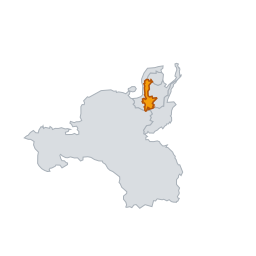 map of Laos with Cambodia, Thailand, Myanmar and 2 others greyed out, rotated 213°
{"feature_id": "LAO", "entity_name": "Laos", "entity_type": "country or territory", "adm_level": 0, "iso_a3": "LAO", "parent_name": "Asia", "parent_adm1": "", "projection": "natural_earth1", "projection_center": [103.796, 18.208], "detail": "coarse", "context": "with_neighbors", "style": "filled", "palette": "amber", "viewbox_px": 256, "rotation_deg": 213, "n_neighbors": 5, "source": "natural_earth", "source_scale": "50m", "svg_char_len": 5513}
<svg xmlns="http://www.w3.org/2000/svg" viewBox="0 0 256 256"><g transform="rotate(213 128 128)"><path d="M124.8,187.0L124.1,182.8L126.0,180.0L129.8,179.3L132.5,179.8L134.9,181.2L136.2,178.8L138.8,180.1L139.5,182.4L139.2,186.4L134.3,189.1L135.5,191.1L132.5,191.4L129.9,192.8L127.5,192.3L124.8,187.0Z" fill="#d9dde1" stroke="#a8b0b8" stroke-width="1"/><path d="M132.5,179.8L129.8,179.3L126.0,180.0L124.1,182.8L124.8,187.0L122.2,185.4L119.7,185.5L120.1,182.8L117.6,182.8L117.3,186.5L114.8,194.5L115.0,197.0L116.9,197.1L118.0,200.2L118.6,203.2L120.2,205.1L122.0,205.5L123.5,207.3L122.5,208.7L120.6,209.1L120.4,207.4L118.0,205.9L117.5,206.5L116.3,205.2L115.8,203.5L112.8,199.9L112.3,201.9L111.8,200.0L113.0,194.6L116.1,188.0L114.9,184.8L114.7,181.4L112.0,176.9L113.1,176.3L114.1,173.3L109.8,165.6L111.0,165.0L112.3,161.3L114.4,161.1L117.7,158.8L119.0,159.9L119.1,161.9L121.1,162.1L120.4,165.7L120.4,168.8L123.5,166.7L124.4,167.3L126.1,167.2L126.6,166.0L128.8,166.3L131.0,169.1L131.2,172.4L133.6,175.4L133.5,178.3L132.5,179.8Z" fill="#d9dde1" stroke="#a8b0b8" stroke-width="1"/><path d="M117.7,158.8L114.4,161.1L112.3,161.3L111.0,165.0L109.8,165.6L114.1,173.3L113.1,176.3L112.0,176.9L114.7,181.4L114.9,184.8L116.1,188.0L113.0,194.6L112.7,192.1L113.6,189.5L112.7,187.5L112.9,183.8L111.7,182.0L110.3,173.6L109.1,170.8L103.8,174.9L100.4,173.8L101.5,169.6L100.9,166.4L98.7,162.4L99.1,161.2L97.4,160.8L95.4,158.0L95.3,155.2L96.3,155.7L96.4,153.3L97.8,152.5L97.5,151.0L98.2,149.8L98.4,146.3L100.6,147.1L101.9,144.2L102.1,142.6L103.7,139.7L103.7,137.7L107.4,135.4L109.4,136.0L109.2,133.9L110.2,133.2L110.0,131.9L111.7,131.7L112.6,133.7L113.8,134.5L113.8,140.0L111.0,142.8L110.6,146.9L113.7,146.3L114.3,149.5L116.1,150.2L115.3,153.0L118.6,154.9L120.7,153.9L120.8,155.3L118.4,157.6L117.7,158.8Z" fill="#d9dde1" stroke="#a8b0b8" stroke-width="1"/><path d="M129.9,192.8L132.5,191.4L135.5,191.1L134.3,189.1L139.2,186.4L139.5,182.4L138.8,180.1L139.3,176.7L138.6,174.2L136.4,171.9L132.1,164.8L128.7,162.8L129.5,161.5L131.3,160.6L130.2,157.7L126.7,157.6L123.7,151.8L125.2,151.0L130.3,150.6L132.8,148.8L134.1,150.1L136.8,150.7L136.3,152.7L137.7,154.1L140.6,154.9L136.8,157.9L134.4,161.1L133.8,163.5L138.7,171.6L141.4,173.7L143.2,176.4L144.5,182.7L144.2,188.7L138.4,193.2L136.0,196.0L132.4,199.2L131.3,197.0L132.1,194.7L129.9,192.8Z" fill="#d9dde1" stroke="#a8b0b8" stroke-width="1"/><path d="M144.8,166.4L142.4,165.4L142.3,162.4L143.7,160.9L146.9,159.9L148.6,160.0L149.2,161.3L148.0,162.8L147.3,164.8L144.8,166.4ZM65.1,83.8L65.1,81.9L67.0,81.0L65.1,75.1L71.9,73.0L74.4,67.1L79.5,68.2L81.1,66.6L81.4,63.3L83.6,63.0L85.8,60.8L86.8,60.5L87.3,62.8L89.4,64.6L93.0,65.8L94.7,68.5L93.5,72.4L94.3,73.9L101.0,74.9L104.1,77.0L105.8,77.4L106.9,80.5L108.4,82.5L116.9,83.2L120.4,82.7L123.1,83.2L127.1,85.3L130.3,85.3L131.5,86.3L134.6,84.5L139.0,83.3L143.0,83.2L146.1,82.0L149.8,79.1L148.4,76.7L149.8,74.5L154.0,75.5L156.6,73.7L160.6,72.4L162.4,70.2L164.2,69.2L168.0,68.8L170.1,69.2L170.3,68.0L167.7,65.7L165.6,64.6L163.6,65.8L161.0,65.3L159.6,65.7L158.8,64.4L161.6,58.6L164.8,59.8L168.3,57.7L168.2,56.3L170.2,52.8L171.5,51.8L171.4,50.0L169.9,49.2L171.9,47.6L175.0,47.0L178.3,46.9L182.2,47.9L184.5,49.1L188.7,55.8L190.0,59.0L194.6,60.0L198.0,62.4L199.4,65.5L203.4,65.5L205.5,64.2L209.6,63.2L208.7,66.2L207.8,67.4L207.4,71.1L206.0,74.4L202.7,73.8L200.6,75.0L201.6,77.8L201.6,81.8L200.3,81.9L200.5,83.6L198.5,81.6L197.7,83.5L193.6,85.0L194.2,86.8L191.9,86.7L190.5,85.6L188.9,88.0L186.0,89.8L184.0,92.0L180.2,93.0L178.3,94.6L175.5,95.5L176.8,93.9L176.2,92.6L178.2,90.3L176.6,88.6L171.4,92.1L169.9,94.3L167.2,94.5L165.9,96.1L167.4,98.4L169.7,98.9L169.9,100.5L172.1,101.5L175.0,99.0L177.5,100.4L179.3,100.4L179.9,102.2L176.0,103.2L174.8,105.0L172.2,106.8L170.9,109.1L174.0,111.0L175.3,114.4L179.1,120.2L179.2,122.7L177.5,123.7L178.2,125.5L180.0,126.6L179.0,132.1L177.5,132.4L170.9,144.7L163.1,150.7L159.9,151.1L158.1,152.6L157.1,151.5L155.5,153.2L151.5,154.9L148.5,155.5L147.6,159.1L146.0,159.3L145.2,156.8L145.8,155.5L142.0,154.4L140.6,154.9L137.7,154.1L136.3,152.7L136.8,150.7L134.1,150.1L132.8,148.8L130.3,150.6L125.2,151.0L122.2,152.3L122.6,156.2L121.1,156.1L120.7,153.9L118.6,154.9L115.3,153.0L116.1,150.2L114.3,149.5L113.7,146.3L110.6,146.9L111.0,142.8L113.8,140.0L113.8,134.5L112.6,133.7L111.7,131.7L110.0,131.9L107.0,131.4L108.0,130.0L106.7,127.9L104.6,129.3L102.3,128.5L99.0,130.6L96.3,133.2L94.0,133.6L92.8,132.7L89.3,131.8L87.8,132.7L85.8,135.2L85.7,132.5L83.9,133.3L77.4,132.1L75.2,130.6L73.0,130.0L72.2,128.3L70.6,127.8L67.9,125.6L65.7,124.5L64.5,125.3L58.1,120.8L57.6,117.0L59.5,117.5L59.7,115.7L58.8,114.0L59.2,111.2L56.6,107.1L52.1,105.8L51.5,103.1L49.7,101.5L49.3,100.6L49.2,97.3L47.7,96.5L46.7,96.9L46.4,93.7L47.2,92.9L46.9,92.1L49.7,90.5L51.6,89.9L54.4,90.3L55.7,88.1L59.2,87.7L60.3,86.4L64.7,84.6L65.1,83.8Z" fill="#d9dde1" stroke="#a8b0b8" stroke-width="1"/><path d="M123.6,152.1L125.1,154.5L125.9,154.5L125.6,155.9L126.4,157.2L127.9,157.9L129.2,157.0L130.6,158.0L130.0,158.7L131.6,160.2L130.7,161.6L129.0,161.4L128.6,162.6L132.3,164.9L132.2,165.7L136.2,170.7L136.7,172.3L138.8,173.8L138.2,174.6L139.6,176.5L138.9,178.8L137.2,179.7L136.2,178.8L135.4,179.1L134.7,179.6L135.0,181.0L132.6,180.1L133.3,178.8L133.7,175.1L131.3,172.3L131.3,169.5L128.8,166.0L126.9,165.7L125.1,167.7L123.5,166.4L120.7,168.8L120.0,168.5L121.1,163.8L120.9,161.8L118.6,161.5L119.0,159.8L118.3,158.9L117.7,159.4L117.9,158.2L120.7,154.9L121.0,156.2L122.6,156.1L121.8,152.5L122.5,151.7L123.6,152.1Z" fill="#f59e0b" stroke="#b45309" stroke-width="1.5"/></g></svg>